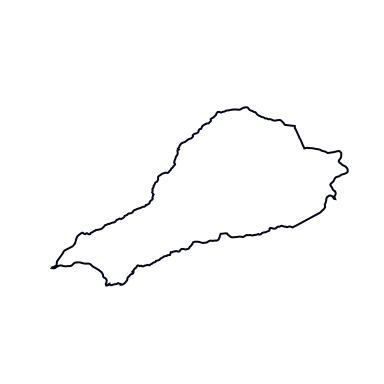 the district of Colíder, Mato Grosso, Brazil, rotated 254°
{"feature_id": "56859067B13251605722574", "entity_name": "Colíder", "entity_type": "district", "adm_level": 2, "iso_a3": "BRA", "parent_name": "Brazil", "parent_adm1": "Mato Grosso", "projection": "equal_earth", "projection_center": [-55.489, -10.565], "detail": "fine", "context": "isolated", "style": "outline", "palette": "ink", "viewbox_px": 384, "rotation_deg": 254, "n_neighbors": 0, "source": "geoboundaries", "source_scale": "gbopen_adm2", "svg_char_len": 6072}
<svg xmlns="http://www.w3.org/2000/svg" viewBox="0 0 384 384"><g transform="rotate(254 192 192)"><path d="M125.8,83.7L125.6,84.6L125.5,85.7L126.2,86.0L126.5,87.5L125.6,87.4L124.8,88.3L124.5,89.4L124.7,90.4L124.7,91.5L124.5,93.1L124.3,94.4L124.8,95.8L123.8,96.9L123.4,98.0L122.5,97.8L122.2,99.2L122.4,100.7L123.0,102.4L124.4,104.4L125.4,105.6L126.4,105.9L127.3,106.4L128.0,107.5L128.5,108.7L129.2,109.4L129.7,110.8L129.9,112.6L130.4,113.3L131.2,113.7L131.8,112.7L132.6,114.0L133.3,114.7L133.8,115.4L134.4,116.4L134.8,117.7L135.7,118.3L136.4,119.4L136.1,120.4L135.2,121.1L135.1,122.9L134.2,123.7L134.0,125.0L134.3,126.4L134.1,127.7L134.3,129.0L133.7,129.9L133.3,131.2L133.9,132.3L134.0,133.5L134.4,134.4L134.8,135.4L134.7,136.6L134.9,137.6L135.7,138.3L135.6,140.3L135.7,141.9L136.6,143.2L137.0,144.9L137.3,146.2L137.8,147.3L137.7,148.8L137.5,150.0L138.0,151.1L137.7,152.4L137.6,153.6L138.9,154.3L140.0,155.2L139.5,156.3L139.9,157.4L139.5,160.8L138.8,161.8L138.3,163.1L138.7,164.1L139.7,165.1L140.1,166.5L139.6,168.0L138.7,169.6L138.4,170.8L138.4,172.5L138.9,173.9L139.8,174.6L140.4,176.0L141.3,177.2L143.3,179.2L143.4,181.2L142.6,183.9L142.1,185.0L140.9,186.8L139.9,188.7L139.4,192.4L140.0,194.1L140.2,195.7L140.1,196.8L139.3,198.3L139.2,199.8L138.9,201.0L138.5,202.0L138.6,203.6L139.2,204.7L140.0,205.1L141.0,206.2L141.9,206.5L142.9,207.3L143.9,208.0L143.5,209.9L143.1,212.6L142.4,214.4L141.3,214.6L139.3,216.0L138.1,216.8L137.4,218.1L137.0,219.4L136.8,220.8L136.2,223.7L136.1,225.2L135.6,226.6L134.7,228.3L134.8,229.6L135.6,232.6L134.9,234.2L134.7,236.1L133.9,237.1L133.4,238.6L133.6,239.7L133.3,240.9L133.1,242.1L133.3,244.3L132.5,244.9L132.4,245.9L132.7,247.2L133.3,248.2L133.3,250.0L133.1,251.3L133.2,252.8L133.4,253.9L133.4,255.0L133.9,255.8L134.4,256.4L135.4,256.5L135.9,257.3L135.4,258.6L134.6,259.7L133.9,261.6L134.1,262.8L134.6,263.6L135.0,265.0L134.6,266.6L134.7,267.8L134.9,268.8L134.2,269.8L133.2,271.4L132.8,272.6L132.0,273.5L132.0,275.0L132.0,276.4L131.0,278.1L130.3,278.8L131.1,283.4L136.8,309.2L137.4,310.6L138.2,311.9L139.2,314.0L140.6,315.7L143.4,316.2L145.0,317.6L146.9,318.7L148.0,319.1L149.0,319.6L149.9,320.5L150.3,321.6L150.7,322.8L150.4,324.2L149.3,325.6L148.4,326.0L146.4,326.6L145.8,327.7L147.8,327.6L148.8,327.8L149.3,328.6L150.2,329.4L151.4,329.8L152.8,329.8L153.6,329.5L154.3,328.7L155.5,328.0L156.6,328.0L157.8,327.8L158.9,327.3L160.8,326.9L161.5,327.4L162.5,329.3L163.2,330.9L164.1,331.7L165.2,332.6L166.0,333.4L166.5,334.4L166.6,335.7L166.5,337.5L166.8,338.5L167.3,340.0L167.5,341.1L167.4,342.6L167.5,344.2L167.7,345.5L168.1,346.6L168.9,347.3L170.1,347.7L171.6,347.8L172.9,347.3L173.7,346.9L174.6,346.1L175.7,344.9L176.7,343.9L177.9,343.3L179.6,341.9L180.9,341.6L181.7,341.8L182.5,342.8L183.1,343.6L183.9,344.5L185.0,345.2L187.4,346.0L188.3,346.2L189.3,345.8L190.3,345.3L190.9,344.8L191.1,343.0L191.2,341.9L191.2,340.5L191.2,339.5L191.9,334.3L192.1,333.2L192.7,332.5L193.7,331.7L194.4,330.8L194.9,329.8L195.6,328.6L196.2,327.8L197.2,327.0L198.4,324.9L199.3,322.8L200.7,320.2L201.3,318.6L202.1,316.2L202.9,314.4L202.9,312.0L204.9,311.8L206.0,311.5L212.4,310.8L213.8,310.3L215.5,310.1L218.5,309.7L222.4,309.1L223.7,308.9L225.0,308.5L227.1,309.0L230.8,300.0L232.1,299.3L233.4,298.9L236.4,297.2L237.0,296.3L237.3,295.1L237.8,291.2L238.3,290.0L240.1,287.9L240.7,286.6L240.9,285.3L241.9,284.4L242.6,282.6L244.2,281.1L244.8,279.7L246.1,278.5L247.0,277.3L247.8,276.6L249.0,275.8L251.1,275.0L251.8,273.7L253.1,272.5L254.2,270.9L255.0,270.0L255.7,269.7L257.2,269.2L258.2,268.3L258.5,267.4L258.8,265.9L258.6,263.3L258.1,261.6L258.0,260.2L258.3,259.3L258.9,257.9L259.5,256.0L259.9,254.4L260.2,252.7L260.3,250.2L260.8,247.7L260.4,245.4L260.5,243.8L260.3,241.7L260.9,241.1L261.5,240.2L261.8,238.6L260.7,237.1L259.2,236.0L258.5,234.4L257.7,233.2L257.4,231.3L256.9,230.0L255.7,229.9L254.9,229.5L254.3,228.3L253.4,226.9L253.8,224.8L253.1,221.6L252.3,219.9L250.2,218.2L250.3,216.5L249.3,215.4L248.5,215.1L247.6,214.3L247.2,212.7L247.2,210.5L246.8,209.1L246.2,208.3L245.0,208.2L244.3,207.1L243.8,206.1L243.8,204.5L243.4,202.2L242.7,200.8L242.3,199.7L242.0,198.7L242.0,197.3L241.7,195.4L241.2,194.5L240.0,192.9L238.6,192.0L237.6,190.5L236.4,191.1L236.1,189.5L234.3,189.2L233.3,189.0L232.1,188.4L231.3,187.6L230.5,186.4L229.6,185.8L228.3,185.0L227.3,184.2L225.7,183.2L225.0,182.9L224.1,183.3L223.3,183.4L222.4,182.3L221.9,181.3L221.0,180.4L220.2,178.5L218.9,177.4L218.4,176.2L217.3,175.0L217.1,173.6L217.8,172.1L217.9,171.0L217.8,168.9L217.6,167.8L217.1,166.7L216.8,165.7L216.5,164.5L215.5,163.4L213.1,162.8L212.5,162.1L211.6,161.3L211.2,159.4L210.5,158.9L209.1,157.6L208.4,156.7L207.5,156.6L206.5,155.7L205.7,154.7L204.4,154.6L202.6,153.6L200.2,154.4L199.6,153.5L198.8,153.3L197.3,152.3L196.3,152.4L195.6,151.5L194.9,149.8L194.1,148.7L192.9,148.0L192.1,145.8L192.2,144.0L191.3,143.4L191.0,142.2L191.2,141.2L191.3,140.2L191.0,139.1L190.9,138.2L190.8,134.4L190.5,133.0L190.5,131.7L189.9,130.4L188.8,129.1L188.4,127.6L188.5,126.4L188.8,125.3L188.5,124.2L187.9,123.4L187.7,122.1L187.6,120.7L186.6,119.9L185.9,118.2L185.5,116.4L186.3,115.2L186.1,113.6L185.9,111.9L185.0,110.6L184.3,109.3L184.3,108.1L184.5,106.9L184.4,105.6L184.1,104.0L184.4,102.3L184.0,100.8L184.0,99.1L183.1,98.1L181.6,95.2L181.5,93.0L181.7,90.2L182.0,89.1L181.5,88.2L181.4,86.9L180.9,85.7L180.5,83.3L179.7,82.6L179.7,81.4L180.2,80.7L181.1,80.0L181.4,79.0L181.0,77.8L181.5,76.8L183.0,75.6L182.9,74.1L181.6,70.7L180.9,69.6L180.2,68.9L179.2,68.1L178.5,67.6L176.9,66.7L174.6,65.2L172.7,62.3L170.9,53.4L170.1,52.2L168.5,50.7L162.5,43.1L158.7,41.5L158.1,38.5L158.2,37.0L157.5,36.2L157.1,37.3L156.7,38.4L156.7,39.6L157.3,41.2L157.7,42.8L157.8,44.5L157.6,45.6L157.1,46.8L156.3,47.8L155.8,49.0L155.3,50.2L155.1,51.7L154.4,54.4L154.4,55.7L155.0,57.1L155.8,58.4L156.3,59.8L156.1,61.8L155.6,63.8L154.6,66.0L153.5,67.6L152.5,69.8L152.0,71.7L151.6,73.0L150.9,74.2L148.7,75.5L147.3,76.5L146.0,77.8L144.5,79.3L142.6,81.0L139.5,83.1L137.5,83.6L136.2,83.5L135.2,83.3L134.5,83.5L133.6,84.2L132.9,85.0L131.6,85.6L130.3,85.6L128.4,84.7L127.3,83.7L125.8,83.7Z" fill="none" stroke="#020617" stroke-width="2"/></g></svg>